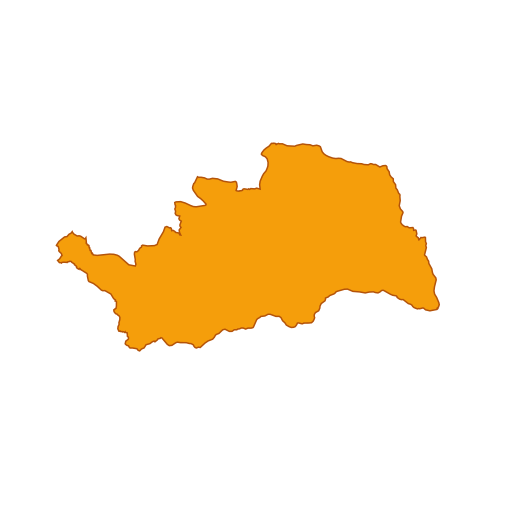 outline of Toraja Utara, Sulawesi Selatan, Indonesia, rotated 113°
{"feature_id": "22746128B99951949618583", "entity_name": "Toraja Utara", "entity_type": "district", "adm_level": 2, "iso_a3": "IDN", "parent_name": "Indonesia", "parent_adm1": "Sulawesi Selatan", "projection": "albers", "projection_center": [119.857, -2.899], "detail": "fine", "context": "isolated", "style": "filled", "palette": "amber", "viewbox_px": 512, "rotation_deg": 113, "n_neighbors": 0, "source": "geoboundaries", "source_scale": "gbopen_adm2", "svg_char_len": 6139}
<svg xmlns="http://www.w3.org/2000/svg" viewBox="0 0 512 512"><g transform="rotate(113 256 256)"><path d="M365.3,291.8L363.0,286.2L362.6,283.2L362.0,281.4L362.3,278.9L363.4,277.7L364.0,276.4L364.0,275.0L362.4,273.3L362.0,271.6L356.0,268.9L352.9,266.9L349.5,263.4L347.0,262.6L344.8,262.4L343.6,261.8L341.8,259.9L336.9,257.8L335.5,255.9L335.8,251.0L334.7,248.6L332.4,247.2L331.4,244.8L330.5,244.4L329.4,242.6L328.1,241.5L327.3,239.6L327.3,237.0L325.5,235.2L324.3,232.3L323.2,230.9L322.4,230.6L314.2,230.5L312.9,229.9L311.0,228.4L309.8,228.0L307.7,224.4L304.9,222.1L304.1,220.2L303.8,214.1L302.5,211.1L302.9,209.0L305.2,206.2L306.2,203.3L307.7,201.1L308.1,197.9L308.0,195.6L306.9,193.5L305.7,192.3L303.3,191.7L301.6,191.7L300.9,190.5L300.6,187.9L300.2,186.7L299.1,185.8L297.0,181.1L295.7,178.8L293.6,177.9L291.7,177.8L289.9,177.9L288.8,178.8L287.5,179.4L285.8,179.4L284.5,178.9L281.9,176.9L279.1,176.9L277.1,177.5L274.8,177.4L274.2,177.3L270.3,175.0L268.8,175.1L267.5,175.6L265.6,173.6L263.5,172.6L260.4,169.4L259.2,168.7L257.9,168.4L256.8,167.5L252.1,161.7L250.7,158.8L250.7,153.0L248.6,146.7L247.3,141.0L245.0,137.8L243.1,133.9L243.0,131.9L242.3,129.3L240.7,127.9L238.7,126.9L238.0,125.9L237.8,125.1L238.7,117.2L238.7,114.8L237.9,111.3L238.2,110.4L239.0,109.9L239.6,107.0L239.4,105.2L238.6,103.5L240.3,97.2L240.0,94.8L240.4,93.1L241.2,92.0L241.7,90.4L241.7,88.6L241.6,86.7L240.8,85.7L240.6,84.7L238.7,82.2L238.5,81.3L239.3,78.9L238.5,74.5L234.5,68.6L233.4,68.1L233.2,68.8L231.7,68.1L229.2,68.3L227.5,69.5L223.6,73.5L221.3,76.7L218.5,78.6L214.5,79.7L207.6,80.8L205.9,81.9L203.7,85.8L202.3,87.1L199.1,89.2L195.3,94.0L193.3,95.1L192.2,96.8L190.2,98.7L189.5,100.9L189.1,101.3L181.6,102.5L180.5,103.5L179.7,103.9L178.1,104.0L176.6,105.5L172.7,107.3L172.7,108.0L174.3,110.4L174.5,111.4L177.3,112.2L177.5,112.4L175.9,113.7L175.2,116.1L174.7,116.5L172.8,116.6L169.8,118.7L169.8,119.5L170.8,120.9L169.1,121.8L168.5,122.7L170.2,126.0L169.8,128.3L170.7,130.0L170.7,131.0L170.1,133.7L168.9,135.6L168.2,136.2L162.4,137.6L158.7,137.6L157.8,138.3L156.3,141.4L153.8,143.8L148.7,144.9L145.1,146.8L143.6,147.3L143.0,147.9L142.6,149.1L139.9,151.8L138.8,153.8L135.8,155.4L133.8,158.7L131.3,159.8L130.4,162.6L129.0,164.7L126.4,166.4L124.4,169.5L122.7,170.4L122.2,171.2L122.1,172.1L123.3,174.4L125.7,176.8L125.0,181.6L125.9,183.7L125.9,185.4L126.3,186.7L128.2,188.3L129.6,192.4L129.8,194.8L131.4,199.0L132.4,203.7L132.4,205.7L133.1,206.9L133.5,209.1L133.0,215.8L133.8,218.2L135.1,220.6L135.9,223.6L136.2,227.9L136.0,231.1L135.4,233.5L134.2,235.8L130.3,239.4L130.0,240.8L130.3,243.4L132.4,246.7L132.5,249.8L133.7,253.1L134.6,256.7L138.3,261.8L139.8,263.2L142.4,270.4L142.4,275.5L143.6,278.4L143.6,279.4L144.3,279.9L144.8,280.7L145.4,280.8L145.5,281.1L144.9,281.2L144.9,282.8L145.5,283.7L145.4,284.3L145.9,284.7L146.3,285.8L149.8,286.9L152.7,288.8L155.3,290.1L158.5,290.9L160.1,290.9L160.9,289.4L161.0,286.1L162.2,283.7L165.2,281.4L168.5,280.2L170.8,280.0L173.8,280.0L177.3,281.1L180.1,281.4L185.5,281.4L189.0,280.5L192.8,278.3L193.3,282.0L194.7,283.4L196.0,287.2L197.2,287.9L197.0,288.9L197.9,289.5L198.7,292.9L199.3,293.9L200.4,294.3L200.8,294.1L201.7,295.1L202.2,296.3L202.6,296.4L202.8,297.1L203.1,297.2L203.5,299.0L203.5,299.9L199.4,300.5L197.2,301.8L195.7,302.9L195.4,304.2L198.0,308.0L198.8,310.7L199.9,315.2L200.0,321.4L201.5,326.4L203.5,329.0L204.3,331.0L204.2,333.9L205.0,337.4L206.0,339.6L205.9,340.8L212.7,341.1L213.6,341.6L216.5,341.4L218.2,341.0L220.0,339.4L224.0,333.0L224.8,329.4L225.9,326.2L227.8,322.2L228.7,322.1L229.3,322.6L234.1,330.3L235.0,333.1L235.1,336.2L234.9,341.8L235.4,346.6L237.4,350.7L238.5,351.7L240.5,350.5L240.9,349.8L243.1,349.0L244.4,349.1L246.2,347.5L248.4,347.0L249.4,345.8L249.6,344.5L249.0,341.8L251.9,341.5L252.8,340.3L253.1,338.4L257.1,338.2L258.1,337.7L259.0,336.2L262.1,336.9L264.2,335.6L266.1,333.5L266.3,334.6L265.3,335.3L265.1,336.6L265.7,339.3L265.2,340.0L264.8,341.9L264.9,342.6L265.6,343.4L263.8,344.7L263.3,345.6L263.9,346.5L263.7,349.6L265.0,351.0L269.8,350.7L278.2,351.8L284.0,351.5L286.1,353.5L289.1,359.7L290.3,364.6L291.3,365.3L292.1,364.9L292.8,365.0L293.4,365.6L294.7,366.1L296.8,366.3L298.7,367.3L299.1,368.8L300.0,369.2L301.8,368.7L306.5,365.7L308.1,365.2L310.5,363.3L312.4,363.2L313.8,369.6L309.7,381.8L309.5,384.0L310.0,387.5L311.4,391.4L317.5,402.4L318.6,406.2L318.2,406.5L318.0,407.8L317.4,407.6L317.2,407.8L317.3,408.7L315.4,410.1L315.7,410.8L315.4,411.1L314.5,411.5L314.0,412.3L313.3,412.4L313.0,413.2L311.6,413.9L311.4,415.0L311.7,415.5L310.3,417.1L310.4,417.4L309.3,417.7L305.7,419.7L306.9,419.9L307.2,420.5L306.3,425.1L306.5,426.7L307.4,428.3L307.4,428.9L307.0,432.1L305.9,434.2L305.4,434.7L307.1,435.1L309.2,436.7L311.9,437.5L313.3,439.7L319.6,443.1L324.2,443.9L324.5,443.2L324.5,441.8L326.9,439.9L328.2,439.6L328.7,439.0L329.8,436.1L331.4,434.7L332.1,435.1L335.5,435.7L337.6,436.9L338.9,434.4L338.4,432.9L338.5,432.3L337.7,432.1L336.8,430.5L335.7,427.3L335.4,427.4L334.7,426.8L334.5,426.1L333.6,425.4L333.3,423.8L333.8,423.1L334.3,420.0L334.9,419.8L335.7,417.1L336.7,416.7L337.1,415.9L337.4,414.2L336.3,413.5L336.3,413.1L337.1,412.7L336.9,412.4L338.1,405.0L338.7,404.0L340.3,403.4L344.2,400.7L344.8,399.7L344.8,394.9L345.9,390.3L347.8,385.1L347.8,383.5L346.9,381.5L347.7,374.7L350.5,370.9L351.1,369.7L351.3,368.3L351.9,368.0L352.4,368.1L352.4,367.1L352.6,366.6L356.7,364.9L358.9,364.4L359.5,365.1L360.3,365.1L360.9,365.8L362.1,365.4L363.3,364.1L364.0,362.2L363.8,361.2L364.3,360.3L364.6,358.6L365.7,357.3L367.8,356.5L371.0,356.1L372.4,355.3L374.8,355.4L377.1,354.7L377.6,354.0L378.7,353.1L378.7,352.4L378.1,351.9L378.4,351.5L378.4,350.9L377.8,349.7L378.1,349.3L377.4,348.3L377.7,347.1L376.9,346.8L377.4,346.4L377.1,344.5L380.2,343.0L380.5,341.9L381.3,341.3L382.4,341.0L385.3,342.6L387.9,342.1L388.3,341.5L388.7,339.8L388.5,338.3L389.4,337.2L389.9,336.0L388.9,333.6L388.0,329.8L388.0,329.1L388.9,327.6L388.8,326.0L386.4,325.1L384.3,323.1L380.6,322.5L378.1,319.4L375.3,317.8L374.1,316.5L374.5,315.5L371.7,314.0L370.5,313.8L369.3,312.0L368.4,311.7L368.2,310.6L372.0,303.1L372.4,300.8L371.1,298.5L367.1,295.9L366.0,294.6L365.3,291.8Z" fill="#f59e0b" stroke="#b45309" stroke-width="1.5"/></g></svg>